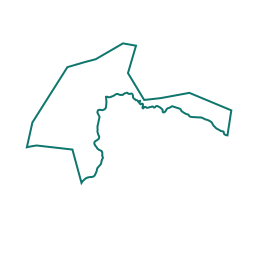 Chinda, Santa Bárbara, Honduras (Mercator projection), rotated 126°
{"feature_id": "27666195B5560017961245", "entity_name": "Chinda", "entity_type": "district", "adm_level": 2, "iso_a3": "HND", "parent_name": "Honduras", "parent_adm1": "Santa Bárbara", "projection": "mercator", "projection_center": [-88.15, 15.16], "detail": "fine", "context": "isolated", "style": "outline", "palette": "teal", "viewbox_px": 256, "rotation_deg": 126, "n_neighbors": 0, "source": "geoboundaries", "source_scale": "gbopen_adm2", "svg_char_len": 5448}
<svg xmlns="http://www.w3.org/2000/svg" viewBox="0 0 256 256"><g transform="rotate(126 128 128)"><path d="M199.8,133.3L199.6,133.3L199.2,133.4L198.7,133.5L198.4,133.5L198.1,133.5L197.8,133.5L197.5,133.5L197.4,133.4L196.5,133.2L195.9,133.1L195.3,133.0L194.6,132.8L193.8,132.6L193.4,132.5L193.1,132.4L192.9,132.2L192.6,132.0L192.4,131.9L192.0,131.7L191.6,131.4L191.2,131.0L191.0,130.8L190.6,130.5L190.5,130.4L190.3,130.1L190.1,129.9L189.9,129.7L189.7,129.4L189.5,129.2L189.3,128.9L189.0,128.6L188.8,128.4L188.6,128.2L188.3,128.0L188.0,127.8L187.8,127.7L187.6,127.6L187.4,127.4L187.2,127.3L186.9,127.2L186.7,127.2L186.3,127.1L186.1,127.1L185.7,127.1L185.0,127.2L184.5,127.3L184.1,127.4L183.2,127.6L181.7,127.9L181.3,128.0L180.9,128.2L180.7,128.3L180.1,128.6L179.9,128.7L179.6,128.8L179.3,128.9L179.0,129.0L178.6,129.1L178.4,129.2L178.1,129.2L177.0,129.1L175.4,128.9L173.8,128.8L173.5,128.8L173.3,128.8L173.1,128.8L172.8,128.9L172.5,128.9L172.1,129.1L171.8,129.2L171.6,129.3L171.3,129.5L171.1,129.6L170.9,129.7L170.7,129.8L170.2,130.0L169.9,130.1L168.8,130.4L168.5,130.5L168.3,130.6L168.0,130.6L167.8,130.6L167.4,130.6L167.2,130.7L167.0,130.8L166.9,130.8L166.7,131.1L166.0,131.7L165.9,131.8L165.8,132.1L165.7,132.2L165.7,132.4L165.6,132.5L165.4,132.8L165.2,132.9L164.8,133.1L164.5,133.2L163.9,133.7L163.6,133.9L163.3,134.1L163.2,134.2L163.1,134.4L162.9,134.5L162.7,134.9L162.5,135.1L162.4,135.4L162.3,135.6L162.2,135.7L162.2,135.8L162.2,136.0L162.2,136.3L162.3,136.7L162.4,137.2L162.5,137.6L162.6,138.2L162.7,138.5L162.7,139.0L162.7,139.3L162.7,139.7L162.7,140.1L162.6,140.7L162.5,141.0L162.3,141.5L162.0,142.2L161.8,142.8L161.7,143.2L161.6,143.8L161.5,144.2L161.4,144.5L161.2,144.7L161.1,144.9L161.0,145.2L160.8,145.5L160.6,145.8L160.4,146.0L160.1,146.3L159.9,146.4L159.7,146.6L159.2,146.7L158.9,146.8L158.7,146.8L158.3,146.8L158.1,146.8L157.9,146.7L157.6,146.6L157.4,146.5L157.0,146.3L156.8,146.2L156.5,146.1L156.2,146.0L155.7,145.8L155.1,145.6L154.8,145.5L154.6,145.4L154.4,145.4L154.1,145.4L153.6,145.5L153.4,145.5L153.0,145.6L152.6,145.8L152.4,145.9L152.2,146.0L151.9,146.2L151.8,146.3L151.7,146.5L151.4,147.1L151.3,147.3L151.0,147.9L150.7,148.4L150.5,148.7L149.8,149.5L149.5,149.9L149.2,150.2L149.1,150.4L148.8,150.6L148.6,150.8L148.4,151.0L148.2,151.1L147.8,151.3L147.6,151.4L147.4,151.5L147.2,151.6L146.8,151.9L146.3,152.4L146.0,152.6L145.5,153.0L145.2,153.2L144.8,153.5L144.5,153.7L144.2,153.8L144.0,154.0L143.6,154.1L143.3,154.2L142.3,154.6L141.7,154.9L139.5,155.9L136.3,157.3L135.7,157.6L135.2,158.5L135.0,158.8L134.8,159.4L134.5,160.0L134.4,160.2L134.2,160.6L133.9,161.0L133.7,161.5L133.4,161.9L133.3,162.0L133.2,162.0L132.5,162.3L132.2,162.4L131.8,162.5L131.7,162.6L131.3,162.6L131.2,162.6L130.9,162.5L130.7,162.4L130.4,162.2L130.1,161.9L130.0,161.7L129.8,161.4L129.6,161.1L129.5,160.9L129.4,160.5L129.3,160.3L129.2,160.1L129.0,159.9L128.8,159.6L128.6,159.3L128.4,159.1L128.1,158.8L127.8,158.6L127.6,158.5L127.3,158.3L127.0,158.1L126.6,158.0L126.4,157.9L125.9,157.8L125.7,157.8L125.3,157.8L125.1,157.8L124.9,157.8L124.7,157.9L124.4,158.0L124.2,158.0L123.6,158.3L123.1,158.6L122.5,159.0L121.1,159.8L120.5,160.2L119.7,160.7L119.3,161.0L118.9,161.4L118.5,161.7L117.8,162.2L117.5,162.5L115.7,164.1L114.8,163.0L114.7,162.4L114.4,161.5L113.1,160.2L112.2,159.8L110.9,158.8L109.9,158.4L108.5,157.9L107.2,157.2L106.6,156.5L106.3,155.9L106.3,155.2L105.9,153.7L105.3,153.1L105.0,152.8L104.7,152.2L104.3,151.7L103.3,151.5L102.1,151.1L101.2,150.4L100.7,150.1L100.0,149.5L99.9,148.6L100.0,148.4L100.1,147.8L99.4,146.6L98.4,145.8L98.0,145.2L98.0,144.5L98.6,143.4L99.3,142.7L100.1,142.0L100.5,141.5L100.8,140.4L100.6,139.7L100.7,138.9L100.8,138.5L100.8,138.0L100.2,137.1L100.3,136.2L100.6,135.6L100.7,135.1L100.4,134.9L100.2,134.8L99.6,134.7L99.2,134.5L99.0,134.2L99.4,133.8L100.3,133.7L101.0,133.6L101.4,132.9L101.4,132.6L101.4,132.1L101.3,131.6L100.8,131.4L100.2,131.1L99.9,130.6L100.0,129.9L100.4,129.5L101.2,129.1L102.1,128.7L102.6,128.5L103.0,128.3L103.3,127.8L103.2,127.3L102.9,127.2L102.6,127.1L101.9,127.2L101.3,127.1L100.8,126.4L100.6,125.5L100.6,124.7L100.2,124.1L99.6,123.6L98.7,122.9L97.8,122.2L97.1,121.5L96.4,121.1L96.1,120.6L96.2,119.0L95.9,118.6L95.1,118.3L94.7,118.3L94.1,118.2L93.4,117.8L93.2,117.5L92.9,117.0L92.9,116.5L92.7,115.6L92.6,114.2L92.5,113.6L92.6,112.9L92.7,112.3L92.8,111.6L92.8,110.9L93.4,110.3L94.1,109.8L94.5,109.5L94.6,108.8L94.4,108.2L93.9,107.9L92.4,107.5L90.4,107.8L89.8,107.8L88.8,107.5L87.7,106.7L86.8,106.1L85.1,105.4L84.6,105.2L84.0,104.1L83.9,103.5L83.5,102.2L83.0,100.6L82.4,98.9L82.1,97.8L82.0,97.4L81.9,96.4L82.4,95.7L82.8,94.9L82.9,93.7L82.8,91.9L82.6,90.0L82.5,89.1L82.1,88.2L81.7,87.1L81.8,86.5L82.1,86.0L82.3,85.4L82.4,84.8L82.1,83.9L81.0,81.8L79.4,79.5L78.4,77.8L76.9,75.7L76.5,74.8L76.1,73.8L75.9,72.7L75.8,71.7L75.6,70.6L75.3,69.8L74.9,68.9L74.7,68.2L74.5,67.1L74.3,65.8L74.2,64.7L74.3,63.4L74.8,62.4L75.6,60.8L75.9,59.9L76.0,58.7L76.3,57.1L76.4,55.9L76.2,54.6L76.0,53.4L75.9,52.2L75.9,51.2L75.6,50.6L74.8,48.9L74.8,48.7L75.0,48.4L75.0,48.2L75.5,47.7L75.9,47.3L76.1,46.9L76.3,46.7L76.4,46.4L76.4,46.2L76.4,45.9L76.3,45.5L76.3,45.2L76.2,44.8L76.1,44.5L76.0,44.4L75.9,44.0L75.7,43.6L75.6,43.4L75.5,43.2L53.0,54.8L63.5,99.0L84.5,119.0L95.8,131.4L83.6,160.3L56.7,169.9L62.5,181.8L91.4,194.6L100.2,201.8L114.4,212.8L179.7,208.6L203.0,198.5L202.6,198.2L201.5,197.1L200.3,196.1L199.4,195.2L198.5,194.3L197.2,193.0L195.9,191.7L178.1,160.3L199.8,133.3Z" fill="none" stroke="#0f766e" stroke-width="2"/></g></svg>